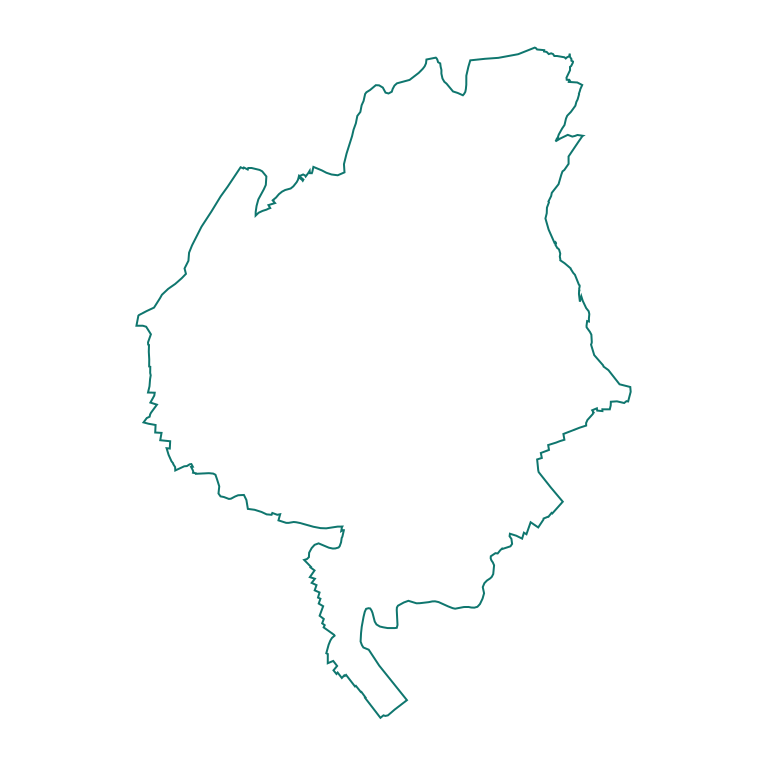 Jaltocán, Hidalgo, Mexico, rotated 179°
{"feature_id": "50627088B46282994353665", "entity_name": "Jaltocán", "entity_type": "district", "adm_level": 2, "iso_a3": "MEX", "parent_name": "Mexico", "parent_adm1": "Hidalgo", "projection": "mercator", "projection_center": [-98.528, 21.154], "detail": "fine", "context": "isolated", "style": "outline", "palette": "teal", "viewbox_px": 768, "rotation_deg": 179, "n_neighbors": 0, "source": "geoboundaries", "source_scale": "gbopen_adm2", "svg_char_len": 6146}
<svg xmlns="http://www.w3.org/2000/svg" viewBox="0 0 768 768"><g transform="rotate(179 384 384)"><path d="M385.9,52.6L379.0,58.3L366.6,67.5L393.7,102.5L403.9,118.6L409.2,120.9L410.6,123.2L411.9,126.9L411.3,135.3L410.5,141.7L408.5,151.6L407.2,156.6L405.8,159.5L403.4,160.1L401.7,159.8L400.4,157.7L399.5,155.4L397.4,146.6L395.7,143.7L392.4,141.6L389.2,140.8L384.6,139.9L377.3,139.8L375.5,140.0L374.7,142.8L375.2,157.8L375.0,160.3L373.9,162.1L368.0,165.2L363.4,166.8L355.4,164.2L352.2,164.2L343.1,165.1L339.4,165.8L336.6,165.8L333.2,165.0L323.7,160.5L319.3,158.7L316.8,158.1L308.1,159.6L303.4,159.6L300.7,159.0L297.6,158.8L294.5,159.6L291.9,162.3L289.2,167.7L287.6,173.0L288.8,179.2L287.1,183.1L284.5,185.7L281.2,187.8L279.6,189.3L278.1,192.1L277.1,200.8L278.3,203.7L279.7,205.8L280.4,207.9L280.2,209.9L275.6,212.9L273.3,212.6L270.6,215.8L268.8,217.4L268.5,217.0L260.4,219.5L258.7,221.9L259.3,226.9L261.1,229.6L260.7,232.1L254.4,230.0L248.6,227.0L246.7,232.9L244.2,231.3L239.8,243.2L232.3,237.9L227.0,245.6L226.8,246.7L222.1,248.5L221.9,248.4L218.7,252.2L218.0,251.6L207.3,263.2L219.0,277.6L230.9,293.2L231.3,295.1L232.2,305.9L227.5,307.3L228.4,312.3L220.2,315.2L220.9,320.1L213.0,322.4L209.2,323.8L204.6,325.1L205.5,330.9L189.2,336.9L182.6,338.9L182.6,341.5L181.2,344.5L175.7,350.4L175.5,351.6L174.9,351.8L176.3,354.1L171.6,356.0L171.3,353.7L166.1,353.1L166.1,354.9L158.7,354.7L157.7,358.6L157.5,362.3L151.4,362.6L144.2,360.8L141.9,362.6L140.2,362.3L137.5,371.9L137.8,376.7L148.5,379.6L159.4,394.0L164.2,397.6L164.5,398.7L173.3,409.2L176.3,419.8L175.8,420.9L175.5,422.2L175.8,429.7L177.2,432.5L180.4,437.1L180.5,438.6L179.8,443.4L178.0,442.9L178.0,445.9L177.5,450.3L178.1,453.2L180.5,456.3L183.8,463.6L185.2,468.3L186.7,462.9L187.5,470.6L187.3,474.0L187.0,474.1L187.2,475.8L186.7,477.9L186.7,479.2L187.4,479.9L191.2,489.9L192.8,491.7L195.3,495.8L195.3,496.3L201.3,501.6L205.6,504.6L205.5,505.6L206.0,508.3L205.5,511.3L206.6,515.3L207.5,516.4L208.3,516.8L210.1,520.0L209.5,521.6L209.8,522.5L210.3,523.0L211.1,522.2L216.7,535.5L219.7,546.7L218.3,551.9L218.0,557.5L215.9,562.8L216.4,563.6L213.6,569.0L212.9,572.2L206.0,580.7L203.0,590.4L201.8,593.5L200.0,594.8L195.6,600.9L195.5,608.3L185.7,622.3L181.3,628.4L180.8,628.7L186.2,629.6L188.7,628.7L191.4,628.1L195.9,629.9L203.4,626.4L208.3,623.6L206.2,626.6L206.6,626.6L205.9,627.6L204.9,630.4L201.4,636.4L199.0,639.8L197.4,646.2L196.1,649.1L192.3,652.9L187.8,658.9L186.7,662.8L185.5,665.0L183.9,670.2L184.1,670.7L182.9,674.0L182.6,675.3L180.6,679.5L185.5,682.1L194.0,682.8L193.9,683.3L192.8,683.9L193.4,684.9L196.0,685.0L196.2,687.1L192.5,694.5L192.5,697.8L191.3,698.7L189.6,701.9L189.4,703.1L191.0,704.0L190.9,705.6L192.4,707.9L192.5,711.1L193.2,708.3L195.1,707.6L196.6,706.3L197.8,707.5L205.1,708.9L208.0,709.0L209.2,710.9L211.1,711.7L213.5,711.0L215.6,713.2L218.2,713.7L218.0,715.0L225.1,715.8L226.4,717.3L227.4,717.7L244.1,711.4L264.0,708.1L277.2,707.4L292.1,706.1L294.1,699.7L296.3,690.8L296.5,681.8L297.0,677.5L297.6,674.7L298.9,672.6L300.1,671.3L305.2,673.7L309.9,675.3L316.2,683.2L318.4,685.1L320.2,688.4L321.2,693.3L321.1,697.0L321.8,700.1L322.2,703.6L324.3,704.8L325.0,707.3L325.7,708.6L326.5,709.4L335.9,707.7L336.4,703.9L337.8,700.9L339.7,698.5L343.8,694.5L353.1,687.6L365.8,684.4L368.3,682.2L370.2,678.8L371.1,676.1L374.4,674.4L377.4,675.3L380.0,680.4L383.7,682.7L387.0,682.9L392.8,678.2L396.5,676.0L397.8,674.3L399.5,667.3L401.5,663.1L402.9,656.4L406.0,652.5L407.6,645.1L410.0,638.8L411.6,632.4L417.4,615.1L420.2,604.5L419.8,596.3L426.6,593.5L432.8,594.4L437.9,596.2L442.5,598.7L450.8,602.3L452.0,597.3L452.5,596.0L454.4,596.1L454.6,598.5L456.0,596.3L458.7,592.8L459.3,593.9L461.2,594.9L464.8,593.4L465.3,593.8L465.4,593.5L461.0,589.8L461.7,588.6L462.5,589.7L465.7,592.2L466.5,589.6L467.8,587.3L471.2,583.2L473.9,581.1L479.4,579.7L482.6,578.1L485.8,575.6L488.7,572.3L491.6,570.0L491.4,569.8L492.0,569.4L489.8,566.8L496.4,564.9L494.7,561.9L496.5,561.3L498.4,560.4L502.4,559.2L506.4,557.4L509.4,554.6L509.3,558.2L508.3,564.3L506.4,570.8L500.8,580.7L498.7,585.1L498.0,593.6L502.1,598.8L504.6,600.2L512.7,602.3L516.0,602.3L516.5,600.8L520.3,602.9L520.9,602.0L523.6,603.2L536.9,584.0L544.0,574.5L553.6,559.4L563.7,544.5L573.5,526.0L576.6,518.7L577.4,510.6L581.4,503.0L580.1,497.6L584.3,493.4L591.0,487.7L598.0,483.0L604.5,477.1L606.4,473.8L612.6,464.4L620.0,461.1L627.8,457.2L628.4,456.6L630.5,446.6L624.2,446.5L620.8,445.4L616.2,437.8L619.2,429.8L619.1,427.5L618.3,427.1L618.6,420.3L618.3,412.9L618.5,405.6L617.4,405.3L617.6,399.1L617.1,396.8L617.8,393.0L618.5,385.8L620.1,379.6L613.4,379.3L613.9,376.4L617.9,369.5L611.4,367.3L617.5,359.3L618.4,357.6L618.9,355.4L621.8,354.1L625.1,349.8L620.2,348.4L613.1,347.0L613.6,339.5L607.3,339.0L608.7,331.7L598.8,330.5L599.3,323.2L602.5,323.6L600.6,316.9L597.8,310.4L596.2,308.3L596.1,307.5L594.3,304.6L594.2,301.2L585.2,305.2L582.5,305.4L579.7,307.1L578.0,307.3L576.6,304.6L578.3,304.4L576.8,301.4L576.2,299.6L576.5,298.6L573.6,298.0L573.6,297.5L560.6,297.9L556.3,297.4L554.1,296.2L552.6,291.6L550.5,284.5L551.4,277.4L549.4,274.5L546.1,273.8L541.1,271.8L539.0,272.0L534.9,274.1L531.8,275.3L526.0,275.5L523.6,270.4L522.3,261.5L515.6,260.5L508.7,258.2L503.6,255.7L498.7,255.2L497.9,257.0L493.0,255.1L490.1,255.6L491.9,249.5L484.3,246.9L481.9,246.8L476.7,247.6L474.2,247.3L470.5,246.5L457.1,242.5L449.9,241.0L444.3,240.7L433.0,242.2L428.2,242.2L428.6,241.5L429.3,237.7L427.7,238.6L426.7,238.5L428.3,232.0L429.0,230.8L429.7,226.4L431.2,222.5L432.3,221.3L435.7,220.4L438.2,220.4L442.0,221.3L452.2,225.8L456.2,224.4L459.2,221.2L461.8,216.6L462.1,212.2L464.1,210.3L466.9,209.5L460.2,202.4L460.7,201.9L456.7,198.8L461.5,192.2L456.5,190.5L459.8,186.4L455.0,184.1L456.9,178.9L452.1,176.7L453.7,171.6L451.3,170.4L453.1,165.6L448.7,162.9L452.4,153.4L448.3,150.1L450.0,145.8L447.5,143.9L448.6,141.7L438.2,134.0L437.8,133.2L440.5,131.0L442.1,128.5L443.9,124.3L446.4,115.8L444.9,115.0L445.1,105.8L439.6,108.0L435.8,102.9L439.5,98.6L436.6,94.9L435.4,96.3L431.3,90.8L428.8,93.4L428.2,92.8L427.0,93.8L418.3,82.1L417.4,82.7L412.5,76.4L412.0,76.6L407.9,70.8L408.4,70.5L393.4,50.3L390.3,52.7L388.5,52.1L385.9,52.6Z" fill="none" stroke="#0f766e" stroke-width="2"/></g></svg>